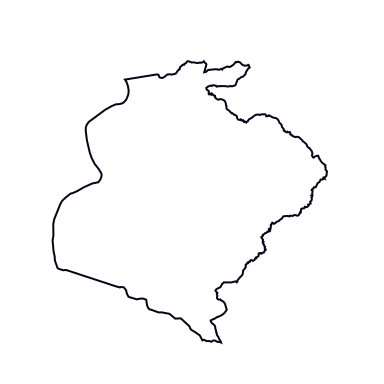 Córdoba, Bolívar, Colombia (Albers equal-area conic projection), rotated 197°
{"feature_id": "7082276B35551918348685", "entity_name": "Córdoba", "entity_type": "district", "adm_level": 2, "iso_a3": "COL", "parent_name": "Colombia", "parent_adm1": "Bolívar", "projection": "albers", "projection_center": [-74.927, 9.535], "detail": "fine", "context": "isolated", "style": "outline", "palette": "ink", "viewbox_px": 384, "rotation_deg": 197, "n_neighbors": 0, "source": "geoboundaries", "source_scale": "gbopen_adm2", "svg_char_len": 5989}
<svg xmlns="http://www.w3.org/2000/svg" viewBox="0 0 384 384"><g transform="rotate(197 192 192)"><path d="M138.7,53.2L138.1,53.9L136.9,54.2L135.5,53.8L134.1,53.8L131.7,54.6L129.8,54.4L128.2,56.3L126.8,56.7L124.1,56.1L121.7,56.7L120.2,56.5L121.5,58.2L123.0,59.3L124.4,61.1L125.8,62.1L126.9,63.3L127.2,64.5L128.2,65.4L128.3,66.2L129.9,68.5L130.3,69.6L131.4,71.1L135.0,72.6L136.3,73.9L136.6,74.6L134.3,76.8L133.5,77.3L131.1,80.1L130.5,80.2L127.4,83.2L125.7,85.6L124.3,89.5L127.9,94.9L129.0,95.8L130.2,96.4L132.3,96.8L133.5,97.6L134.6,97.0L135.5,96.9L136.7,97.4L137.4,98.7L137.3,100.0L138.4,101.4L138.2,102.9L139.9,103.8L140.8,104.6L140.5,105.7L139.5,107.0L137.0,109.3L136.3,113.1L135.2,114.3L135.1,114.9L127.8,117.1L125.4,118.7L124.1,119.2L123.6,119.2L122.9,118.7L122.4,119.4L122.8,120.4L121.4,124.0L120.1,126.3L119.5,128.1L120.1,132.0L118.7,135.4L119.0,136.3L118.8,136.9L119.4,138.1L118.5,139.4L118.3,140.7L118.0,140.9L117.4,140.7L117.3,141.8L116.1,142.4L116.1,143.8L114.8,144.3L113.7,143.9L112.3,145.4L112.3,146.8L112.0,147.1L111.3,147.3L111.6,147.9L111.5,148.4L110.5,149.1L109.8,150.0L109.8,151.6L110.2,152.7L108.8,153.7L107.9,153.2L107.4,153.3L107.4,154.0L105.6,155.2L105.3,157.1L104.6,158.0L104.7,158.6L105.7,158.8L105.9,159.1L105.8,159.6L106.2,160.0L106.1,161.1L107.3,161.7L107.6,162.3L108.2,162.7L108.1,163.1L109.4,164.1L109.8,165.0L109.3,165.4L109.9,165.7L110.2,167.2L112.5,168.9L112.5,169.4L111.9,169.8L111.3,171.1L111.8,171.8L110.3,173.4L110.1,174.0L109.0,174.5L108.5,175.8L107.7,176.1L107.5,177.0L106.6,176.9L105.9,177.7L106.2,178.4L107.3,178.5L107.7,179.0L107.4,179.3L106.9,179.2L106.7,179.7L106.2,179.8L106.1,180.6L106.8,182.3L106.5,183.1L107.0,183.9L106.3,185.3L106.3,186.1L105.5,186.1L105.0,185.6L104.1,185.6L103.2,186.6L102.6,188.0L100.6,189.6L99.1,192.1L98.4,192.7L97.8,194.4L97.8,195.0L97.4,195.5L94.2,196.9L91.6,197.2L91.6,197.8L88.5,198.7L87.6,199.8L86.5,200.1L84.0,200.2L83.1,201.2L82.9,203.0L82.2,203.5L82.6,204.2L82.2,204.6L82.5,205.1L82.2,205.7L82.6,207.0L82.5,208.0L79.9,209.3L79.8,210.9L78.2,210.9L77.2,211.7L76.5,213.2L77.2,213.9L76.5,214.2L75.2,215.6L75.3,216.1L76.0,216.7L76.2,217.2L75.3,218.7L75.2,219.9L76.0,221.5L75.7,221.9L75.8,222.7L76.7,223.3L75.8,223.6L75.7,224.0L76.5,225.1L77.0,228.2L78.1,228.7L78.0,229.7L77.0,230.6L76.9,232.1L75.1,232.8L74.4,237.3L73.1,238.7L72.6,241.5L71.7,241.6L70.2,242.6L70.3,242.9L70.8,242.9L70.7,243.3L70.0,243.9L69.5,243.8L69.9,244.2L70.3,244.1L70.4,244.4L69.4,244.7L68.9,245.4L68.3,246.7L68.2,247.5L68.7,249.1L68.9,251.2L70.8,252.3L71.5,254.6L72.3,255.5L72.2,256.6L75.8,257.9L77.9,259.2L79.2,260.6L79.8,260.9L81.8,263.4L82.2,263.6L84.7,262.0L85.8,260.4L86.7,260.7L88.0,262.1L88.0,263.9L89.4,266.1L92.6,268.4L93.1,268.3L94.3,268.7L95.3,269.5L96.1,270.8L98.2,272.0L101.2,273.1L101.8,273.8L105.7,275.6L107.0,275.7L110.2,274.5L110.9,275.0L112.4,274.9L113.3,275.8L114.5,275.6L115.1,276.2L115.3,277.3L115.8,277.9L117.7,277.1L118.2,277.4L118.3,277.0L119.8,276.7L121.1,277.3L121.2,277.6L122.3,277.6L122.6,278.9L125.0,280.6L126.3,282.7L128.7,283.8L130.1,285.6L131.3,286.6L133.4,287.2L136.6,286.9L140.3,287.8L140.9,287.8L140.9,287.2L143.1,286.1L143.9,287.3L144.9,287.7L148.6,286.4L149.6,285.5L151.4,285.4L153.2,284.7L155.1,282.7L156.1,281.0L158.8,278.0L159.5,275.5L160.4,275.1L160.5,274.6L160.9,275.0L162.3,274.5L162.3,274.2L162.6,274.2L162.6,274.5L163.2,274.7L163.1,275.1L163.9,275.5L164.1,274.9L164.4,274.9L164.3,275.1L166.6,275.7L166.7,275.2L166.1,274.9L169.1,274.8L170.5,275.9L171.3,277.6L172.3,278.1L174.2,278.1L174.9,278.7L176.7,278.8L176.9,279.3L178.1,279.3L180.1,280.6L183.0,281.5L183.7,282.5L184.0,284.1L184.9,284.9L185.5,286.6L187.1,288.5L187.8,288.8L189.5,289.3L191.6,289.2L192.7,288.9L193.5,288.0L194.7,288.0L196.7,288.6L197.7,289.4L197.8,290.1L198.3,290.3L198.3,290.7L199.2,290.7L200.1,291.2L200.7,291.2L201.1,291.5L201.8,292.0L202.1,292.0L202.0,291.1L202.5,291.4L202.4,291.6L202.6,291.7L202.8,291.5L202.7,290.7L204.5,290.4L205.0,291.2L205.0,292.5L205.3,293.1L206.3,293.8L207.7,294.1L208.7,295.5L208.7,296.0L206.9,298.1L205.6,299.0L204.1,299.2L204.0,299.8L202.6,300.4L200.3,300.7L199.9,300.2L198.9,300.0L198.2,300.8L196.8,301.1L196.3,301.5L195.2,301.7L191.9,302.8L188.4,303.4L187.0,304.0L186.2,304.7L185.2,304.6L184.4,304.9L182.1,306.4L181.6,307.2L181.3,312.5L181.0,313.2L179.9,314.2L178.4,316.4L176.7,317.4L176.4,318.5L175.8,319.2L175.4,320.2L175.4,322.7L174.6,325.6L174.2,326.6L173.2,327.9L173.9,328.5L174.6,329.7L175.2,330.0L175.1,330.8L176.0,329.2L178.8,328.1L181.0,328.4L184.1,330.0L186.2,330.1L187.1,329.1L188.3,329.1L189.5,325.9L192.2,322.7L193.1,322.4L194.9,322.4L197.7,319.9L198.7,318.9L198.8,318.5L199.0,318.8L199.8,318.4L201.7,316.9L205.1,316.4L212.1,313.5L213.8,310.9L215.3,310.1L215.5,318.1L216.1,318.9L217.3,319.2L218.8,320.4L219.0,319.8L221.2,318.2L222.3,318.1L224.1,317.0L229.0,316.3L230.2,315.7L231.3,316.0L234.1,315.9L235.0,315.1L235.5,313.2L236.8,312.5L236.8,311.3L238.3,310.7L238.8,309.5L239.9,308.1L239.8,307.3L240.0,306.6L239.6,305.9L240.1,305.5L240.9,304.2L242.1,300.6L242.9,299.9L245.9,298.3L248.0,298.0L249.9,297.2L252.4,293.5L253.9,292.3L256.0,292.0L257.5,293.0L258.3,294.3L259.9,294.2L289.0,279.9L287.1,278.4L284.4,274.8L282.2,270.6L281.4,266.2L281.9,261.1L283.4,257.8L284.9,256.2L286.8,255.0L290.4,253.6L294.2,250.4L299.1,245.2L311.3,228.7L312.2,225.7L312.5,223.4L311.7,219.9L307.7,210.9L301.3,199.8L298.0,195.3L293.4,190.5L287.8,186.6L284.2,183.3L283.4,181.9L283.2,181.0L283.1,179.3L283.4,176.7L284.5,173.9L290.0,170.9L296.9,164.8L301.9,159.4L306.0,155.9L307.6,155.0L311.5,149.3L313.6,145.6L314.4,142.0L315.8,125.7L315.3,120.8L311.8,109.8L311.2,105.0L307.1,94.9L304.6,90.4L303.0,86.3L298.3,79.9L297.0,79.6L292.4,79.5L289.7,80.6L235.7,79.5L234.7,79.8L233.1,79.6L232.1,80.4L229.4,80.9L226.5,79.0L224.4,75.6L222.0,73.2L213.4,73.2L210.6,74.8L207.4,75.8L204.3,75.6L201.8,70.4L199.8,68.1L198.1,67.3L196.9,67.5L189.2,67.1L187.5,67.4L186.0,68.0L177.9,68.9L171.0,66.0L165.8,67.9L155.3,62.9L153.8,61.0L152.5,60.0L148.3,59.0L142.7,57.2L138.7,53.2Z" fill="none" stroke="#020617" stroke-width="2"/></g></svg>